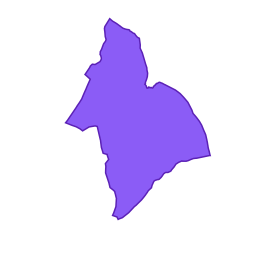 the district of Dhi As Sufal, Ibb, Yemen, rotated 218°
{"feature_id": "15242507B30509231446221", "entity_name": "Dhi As Sufal", "entity_type": "district", "adm_level": 2, "iso_a3": "YEM", "parent_name": "Yemen", "parent_adm1": "Ibb", "projection": "orthographic", "projection_center": [44.071, 13.832], "detail": "fine", "context": "isolated", "style": "filled", "palette": "violet", "viewbox_px": 256, "rotation_deg": 218, "n_neighbors": 0, "source": "geoboundaries", "source_scale": "gbopen_adm2", "svg_char_len": 3616}
<svg xmlns="http://www.w3.org/2000/svg" viewBox="0 0 256 256"><g transform="rotate(218 128 128)"><path d="M79.5,49.9L79.0,51.0L77.2,53.9L76.4,57.3L75.8,59.6L75.7,60.1L75.5,60.9L75.3,61.8L75.2,63.0L74.9,66.4L74.8,67.3L74.6,69.9L74.0,72.4L74.0,72.6L73.7,75.1L73.1,79.6L73.0,82.9L73.0,85.7L73.0,86.0L73.1,87.1L73.1,87.8L73.2,89.3L73.4,91.0L73.4,91.3L73.2,92.3L73.2,92.6L73.1,93.1L72.9,94.1L72.8,95.1L72.7,95.3L73.7,97.5L74.3,99.9L74.4,100.2L74.4,100.3L74.5,100.7L74.6,101.1L74.8,101.9L74.4,103.4L73.4,104.9L73.1,105.4L72.4,106.0L72.1,106.5L71.8,107.0L71.7,108.3L71.6,108.5L71.5,109.5L71.5,109.9L71.5,111.1L71.6,112.3L71.7,114.0L71.4,115.0L71.3,115.4L70.8,116.3L69.6,117.2L69.2,117.5L68.7,118.5L68.2,119.3L68.0,119.9L67.7,120.7L67.7,120.9L67.9,121.7L67.7,125.6L68.0,129.0L67.0,132.0L65.3,135.1L64.9,135.2L64.0,135.9L63.3,136.4L62.3,137.2L61.8,137.6L60.6,139.1L59.1,141.9L57.6,144.3L55.1,146.7L46.8,156.5L46.3,156.9L46.6,157.1L47.5,157.8L48.1,158.3L50.2,160.0L50.5,160.2L51.0,160.5L52.5,161.7L53.2,162.3L53.9,163.0L54.8,163.8L56.4,165.3L56.5,165.4L57.8,166.5L58.6,167.2L61.9,169.9L62.5,170.4L65.0,171.8L66.9,172.8L71.6,175.5L71.8,175.6L75.8,177.2L80.6,178.5L83.0,179.0L85.7,179.5L88.6,181.4L96.6,185.1L101.3,186.1L103.4,186.5L108.1,187.2L114.0,187.1L124.9,185.0L125.2,185.0L125.6,184.8L127.5,184.5L128.7,184.3L130.1,183.8L131.1,183.6L131.7,183.0L132.3,181.4L132.6,180.7L133.0,180.6L133.0,180.2L133.0,179.5L133.2,179.0L133.1,178.7L133.0,178.1L133.2,177.5L133.4,177.3L133.4,176.7L133.5,176.2L133.3,176.0L133.1,175.5L133.2,174.8L133.6,174.4L134.0,174.3L134.3,174.3L134.5,174.3L134.8,173.9L135.0,173.6L135.4,173.6L135.9,173.1L136.3,172.8L136.6,172.9L136.8,173.1L137.0,172.9L137.0,172.6L136.9,172.3L136.9,171.7L137.0,171.6L137.5,171.2L138.0,171.2L138.6,171.7L139.8,172.5L141.7,172.9L141.6,173.7L142.4,174.7L143.3,177.7L144.4,180.4L146.3,183.3L148.8,185.4L150.3,187.1L153.5,189.2L157.8,192.3L162.7,195.8L163.2,196.1L166.7,197.9L167.6,198.4L167.9,198.8L169.5,201.0L173.5,204.9L174.1,205.5L174.4,205.7L174.8,205.6L175.7,205.4L176.6,205.3L178.6,205.7L179.1,205.8L180.5,206.3L181.2,206.4L181.9,206.0L185.0,205.9L185.5,205.8L185.7,205.6L186.5,205.7L187.1,206.1L187.8,206.0L189.7,204.9L191.3,204.2L193.6,203.5L201.1,203.3L204.6,202.9L205.9,202.7L209.7,202.9L208.7,193.7L208.0,192.3L207.9,192.0L206.2,190.2L205.9,190.0L203.2,187.1L202.2,186.0L199.8,184.3L199.2,182.6L199.1,180.0L199.1,179.7L199.0,179.1L197.9,175.6L197.7,175.1L197.5,174.4L197.4,174.1L197.3,173.8L197.3,173.6L197.2,173.5L197.2,173.4L196.8,171.0L196.7,170.9L195.9,169.7L195.4,169.1L195.2,168.8L195.2,168.7L194.1,168.3L192.5,167.1L191.4,165.9L190.9,163.1L193.0,157.8L195.4,156.3L195.8,153.7L195.4,151.9L194.8,143.7L194.4,143.7L187.8,143.2L187.0,140.1L186.2,136.9L185.5,134.2L185.3,133.7L185.2,133.3L184.2,129.2L183.0,124.7L182.3,122.3L182.3,122.1L181.9,118.0L181.8,116.5L181.7,114.6L181.3,110.7L181.3,110.2L181.1,107.5L180.5,98.2L180.4,97.2L180.4,96.2L180.4,95.7L180.4,93.7L173.9,95.6L172.7,96.0L169.5,97.1L165.9,97.7L165.1,97.8L163.0,97.8L162.0,97.8L159.3,104.9L155.2,109.4L153.2,110.3L142.8,101.9L142.3,101.6L141.8,101.1L141.3,100.6L137.1,96.4L136.0,95.6L135.4,95.2L133.1,93.6L132.4,93.0L132.0,92.8L128.7,94.1L128.3,94.3L128.3,94.2L127.1,93.5L127.0,93.4L126.5,93.0L124.6,91.8L123.9,91.3L123.9,90.7L123.9,89.2L123.9,86.1L122.8,85.0L122.7,85.0L121.7,84.0L121.7,83.9L121.2,83.3L120.7,82.5L119.4,80.7L118.8,79.9L118.0,78.8L113.6,75.9L109.1,72.9L105.5,70.0L102.3,70.0L101.0,70.0L99.2,69.7L98.4,68.9L97.2,68.1L96.5,67.5L93.6,65.2L93.1,64.3L92.9,64.1L89.1,58.6L87.0,52.3L86.3,49.6L81.9,51.1L80.5,50.4L79.5,49.9Z" fill="#8b5cf6" stroke="#5b21b6" stroke-width="1.5"/></g></svg>